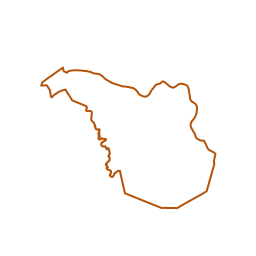 Nebaj, Quiché, Guatemala, rotated 292°
{"feature_id": "79465075B6718623285372", "entity_name": "Nebaj", "entity_type": "district", "adm_level": 2, "iso_a3": "GTM", "parent_name": "Guatemala", "parent_adm1": "Quiché", "projection": "mercator", "projection_center": [-91.192, 15.606], "detail": "fine", "context": "isolated", "style": "outline", "palette": "amber", "viewbox_px": 256, "rotation_deg": 292, "n_neighbors": 0, "source": "geoboundaries", "source_scale": "gbopen_adm2", "svg_char_len": 5746}
<svg xmlns="http://www.w3.org/2000/svg" viewBox="0 0 256 256"><g transform="rotate(292 128 128)"><path d="M127.2,221.5L128.3,220.6L130.1,219.9L131.6,219.7L132.5,219.5L136.3,218.9L136.9,218.5L137.1,218.2L137.5,216.7L138.0,211.1L139.2,209.2L142.2,206.1L143.1,205.2L143.8,204.3L144.5,203.4L144.7,202.9L144.0,201.5L143.9,201.2L143.6,199.6L143.7,197.3L144.3,195.2L144.6,194.5L145.5,193.8L146.5,193.2L147.6,192.2L149.0,190.2L150.5,188.4L151.4,187.1L152.4,186.1L153.4,185.3L154.6,184.7L156.6,184.5L158.7,184.8L162.1,186.0L165.5,186.1L167.2,186.0L168.4,185.7L169.6,185.4L171.2,185.0L172.4,184.6L173.4,183.9L174.4,183.2L174.8,182.8L175.2,182.3L175.9,180.4L176.6,176.8L176.9,176.3L177.3,175.7L177.8,175.1L178.7,174.4L181.4,173.0L183.2,171.8L186.2,170.1L186.9,169.6L187.5,169.0L189.0,167.7L189.3,167.3L189.5,166.8L189.7,165.7L189.5,163.3L188.9,160.5L187.9,158.9L186.1,157.6L184.1,156.5L182.3,154.8L182.1,154.2L182.2,151.4L183.1,148.3L184.4,144.4L184.4,143.4L184.2,142.8L183.9,142.5L183.5,142.1L181.6,141.4L179.6,139.0L179.2,138.4L178.0,137.5L174.3,136.5L173.1,136.0L170.9,135.5L167.8,135.3L165.0,134.0L164.2,133.3L163.4,131.9L163.0,130.2L163.3,126.1L163.9,124.9L164.7,124.0L165.6,122.4L166.6,119.9L166.9,118.6L166.9,117.6L166.6,115.8L165.8,111.6L165.5,110.5L165.2,109.2L164.5,107.3L164.2,101.5L163.8,97.8L163.8,95.9L164.2,93.3L164.4,92.3L164.5,91.0L165.0,88.4L165.5,87.1L166.3,85.3L166.7,84.0L166.9,82.8L167.1,81.1L166.9,79.7L166.3,77.9L165.9,75.9L165.9,71.8L165.5,69.8L165.5,69.0L164.6,66.3L164.2,64.5L163.6,62.6L163.1,61.2L162.5,59.3L161.5,56.9L160.6,54.9L160.0,53.8L158.5,51.6L158.2,51.4L156.4,50.8L156.5,47.8L156.8,46.9L159.0,45.4L159.5,45.0L154.6,41.7L153.3,40.9L149.0,38.3L145.8,36.1L142.5,34.0L141.4,33.4L138.6,31.6L138.3,31.5L137.9,31.4L134.9,31.7L134.9,32.1L135.6,33.4L136.9,36.1L137.0,36.4L137.0,36.8L137.0,37.0L133.8,41.4L131.4,42.9L129.9,43.8L128.6,44.6L128.1,45.1L128.0,45.4L128.0,45.9L130.9,47.1L131.4,47.4L133.0,48.6L134.8,49.6L136.4,51.0L137.6,52.2L140.2,55.7L137.6,59.0L136.5,60.8L134.0,64.2L132.7,66.1L132.6,81.0L132.4,81.4L132.1,81.8L131.8,82.1L131.4,82.3L129.3,82.3L129.0,82.4L128.6,82.7L128.4,82.9L128.4,83.2L128.5,83.8L128.6,84.3L129.6,86.3L129.7,86.9L129.6,87.9L129.4,88.2L129.2,88.5L128.8,88.7L124.7,89.9L123.8,90.2L121.8,90.8L121.1,92.0L120.6,92.9L120.4,93.4L120.2,93.7L120.1,94.1L120.1,94.3L120.0,94.6L119.7,94.7L119.4,94.9L119.2,95.0L118.9,95.4L118.7,95.8L118.3,96.4L118.1,96.6L117.7,96.6L117.2,96.5L116.9,96.5L116.7,96.8L116.7,97.2L116.7,97.4L116.5,97.6L116.1,97.9L115.5,98.2L115.2,98.4L115.0,98.7L114.9,99.2L115.0,99.5L115.3,99.9L115.3,100.2L115.2,100.5L115.1,100.9L115.2,101.1L115.5,101.4L115.8,101.5L116.0,101.6L116.1,101.9L115.9,102.2L115.4,102.4L114.7,102.5L114.1,102.7L113.8,102.7L113.4,102.9L113.1,102.8L112.8,102.6L112.6,102.5L112.1,102.4L111.9,102.5L111.7,102.6L111.4,102.8L111.4,103.0L111.6,103.3L111.6,103.6L111.6,103.8L111.4,104.1L111.1,104.1L110.9,103.9L110.4,103.7L110.1,103.6L109.7,103.9L109.7,104.4L109.7,104.7L109.5,104.9L109.2,104.7L108.8,104.2L108.5,104.1L108.0,104.3L107.5,104.7L107.3,104.7L106.9,104.8L106.7,105.0L106.5,105.6L106.6,106.0L106.8,106.3L107.0,106.5L107.3,106.7L107.6,106.7L108.0,106.8L108.3,106.9L108.5,107.0L108.7,107.3L108.7,107.5L108.6,107.9L108.5,108.1L108.4,108.4L108.6,108.8L108.6,109.0L108.7,109.3L108.8,109.8L108.8,110.1L108.9,110.5L109.1,110.6L109.3,110.9L109.5,111.2L109.5,111.4L109.3,111.6L109.0,111.9L108.8,112.0L108.6,112.0L108.3,112.0L108.0,111.8L107.6,111.4L107.3,111.1L106.9,110.9L106.7,110.7L106.4,110.5L106.1,110.4L105.8,110.2L105.7,110.0L105.5,109.6L105.3,109.4L105.1,109.2L104.6,109.3L104.3,109.4L104.0,109.4L103.7,109.2L103.2,109.0L102.9,109.0L102.7,109.2L101.6,110.3L101.5,110.7L101.5,111.0L101.7,112.3L101.7,112.5L101.8,112.9L102.1,113.2L102.5,113.8L102.2,114.0L101.8,114.5L101.6,114.8L101.1,115.4L100.7,115.7L100.6,115.9L100.4,116.2L100.4,116.4L100.7,116.7L101.1,116.8L101.6,116.9L101.9,117.0L101.8,117.5L101.7,117.8L101.5,118.0L101.0,118.1L100.7,118.1L100.4,118.4L100.3,118.6L100.1,118.8L100.0,119.0L99.8,119.2L99.6,119.4L99.2,119.6L99.0,119.8L98.8,120.0L98.4,120.2L98.1,120.2L97.8,120.3L97.7,120.5L97.5,120.8L97.2,120.9L96.7,120.6L96.5,120.4L96.2,120.3L95.9,120.4L95.7,120.6L95.3,120.7L95.0,120.6L94.8,120.5L94.4,120.4L94.2,120.5L94.1,120.8L94.1,121.2L94.1,121.4L93.9,121.7L93.7,121.9L93.4,122.0L93.1,122.3L92.9,122.4L92.6,122.6L92.3,122.5L92.0,122.5L91.7,122.7L91.5,122.8L91.2,123.0L90.9,122.9L90.6,122.8L90.3,122.7L90.0,122.5L89.7,122.4L89.4,122.2L89.1,121.8L88.8,121.8L88.4,121.8L88.0,121.8L87.7,121.7L87.1,121.3L86.9,121.1L86.6,121.0L86.3,121.0L85.9,121.0L85.6,121.3L85.6,121.7L85.6,121.9L85.6,122.1L85.6,122.4L85.4,122.6L84.8,122.6L84.4,122.7L84.2,123.0L84.2,123.4L84.2,123.7L84.0,124.0L83.8,124.0L83.6,123.9L83.3,123.6L83.1,123.4L82.8,123.2L82.6,123.3L82.4,123.7L82.2,124.0L82.0,124.4L81.9,124.8L81.9,125.0L81.9,125.3L81.9,125.7L81.9,127.7L81.8,128.0L81.7,128.3L81.5,128.5L81.2,128.6L80.9,128.6L80.6,128.8L80.3,129.0L80.1,129.1L79.8,129.2L79.6,129.1L79.2,129.0L79.0,128.9L78.8,128.8L78.4,128.7L78.1,129.0L77.8,129.1L77.6,129.1L77.3,129.0L77.1,128.9L76.9,129.2L76.8,129.6L76.7,130.3L76.6,130.9L76.6,131.4L76.7,131.8L77.1,132.0L78.2,132.4L78.6,132.5L78.9,132.5L79.1,132.6L79.4,132.6L79.7,132.5L80.1,132.5L80.3,132.4L80.7,132.4L81.1,132.6L81.5,132.9L81.7,133.1L81.9,133.1L82.2,133.2L82.3,133.4L82.4,133.7L82.7,133.8L83.3,134.2L83.5,134.3L84.0,134.4L84.3,134.5L85.2,136.3L85.2,136.7L85.1,136.8L84.6,137.1L84.2,137.2L83.7,137.5L83.0,138.1L82.3,138.5L70.5,146.7L66.4,149.6L66.3,157.1L66.4,188.8L66.6,189.6L67.0,190.3L67.3,191.0L67.7,192.0L68.7,194.7L68.9,195.3L70.6,199.5L71.0,200.5L72.2,203.6L77.8,208.0L83.3,212.3L93.3,220.4L98.8,224.6L102.7,224.2L104.3,224.1L105.5,223.9L114.4,222.9L115.6,222.8L127.2,221.5Z" fill="none" stroke="#b45309" stroke-width="2"/></g></svg>